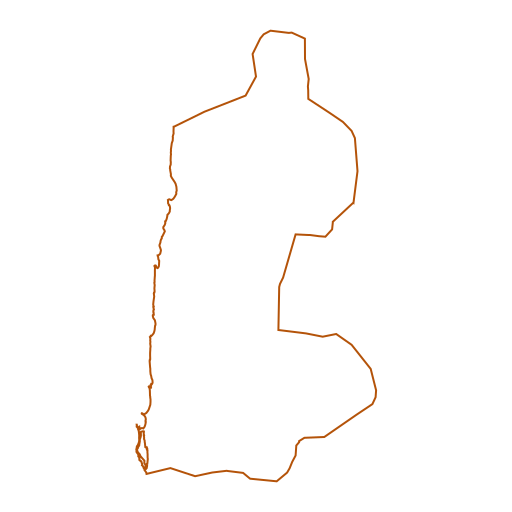 outline of Al Makha, Ta`izz, Yemen
{"feature_id": "15242507B68807574850563", "entity_name": "Al Makha", "entity_type": "district", "adm_level": 2, "iso_a3": "YEM", "parent_name": "Yemen", "parent_adm1": "Ta`izz", "projection": "equal_earth", "projection_center": [43.297, 13.522], "detail": "fine", "context": "isolated", "style": "outline", "palette": "amber", "viewbox_px": 512, "rotation_deg": 0, "n_neighbors": 0, "source": "geoboundaries", "source_scale": "gbopen_adm2", "svg_char_len": 5957}
<svg xmlns="http://www.w3.org/2000/svg" viewBox="0 0 512 512"><path d="M353.5,202.7L353.6,201.9L357.5,171.2L354.9,138.1L351.6,130.9L343.0,122.0L329.5,112.8L308.3,98.9L308.2,90.3L307.9,86.5L308.7,79.0L305.0,59.0L304.9,38.6L291.7,32.6L288.8,32.9L270.5,30.7L263.7,34.3L260.3,38.4L252.6,54.0L256.0,76.6L245.6,95.6L204.5,111.7L174.6,126.4L174.5,126.5L173.6,126.7L173.6,128.7L173.5,131.3L173.6,133.5L173.1,135.2L172.7,136.8L172.9,137.5L172.7,140.6L171.8,143.1L170.9,149.6L171.0,150.9L170.8,152.7L171.0,154.4L170.8,155.5L170.7,157.7L170.6,160.6L170.8,162.0L170.7,164.6L170.0,166.5L169.9,168.7L170.2,169.4L170.2,170.3L170.9,174.1L170.9,175.3L170.8,175.8L171.7,177.6L174.7,182.1L175.6,183.8L176.4,186.8L176.6,189.3L176.7,190.6L176.2,192.2L176.3,193.9L175.3,195.8L174.4,197.3L173.3,198.8L171.4,200.1L170.9,200.0L169.4,199.3L168.6,199.5L167.9,200.0L168.0,200.4L168.1,203.4L168.9,204.7L168.9,205.1L169.3,205.1L169.5,205.4L170.0,207.1L170.1,208.6L169.8,210.2L169.8,211.4L169.4,212.3L168.7,213.5L167.5,214.7L167.3,215.1L167.4,215.7L166.7,218.8L165.9,220.9L165.6,221.3L165.2,221.3L165.1,221.9L165.3,222.6L165.3,223.2L164.7,225.0L163.3,227.1L163.3,228.3L163.8,229.3L164.5,230.3L164.8,231.4L162.4,236.3L162.0,236.6L161.8,236.9L161.8,238.3L161.5,238.9L161.3,239.1L161.1,239.3L160.6,240.9L160.4,242.5L159.5,245.0L159.5,245.9L160.4,248.4L160.9,250.0L160.9,250.7L160.6,252.0L160.2,253.7L159.1,254.8L158.2,255.3L157.6,255.4L157.7,256.0L158.1,256.8L158.4,259.3L159.2,260.8L159.0,265.0L158.8,266.4L158.1,267.7L157.5,268.1L156.7,267.6L155.8,265.6L155.1,265.4L154.4,266.0L155.0,267.5L154.9,270.2L154.9,270.9L154.9,273.2L154.9,276.0L154.8,276.5L154.5,281.1L154.6,281.6L154.6,282.2L154.3,282.7L154.7,285.1L154.4,288.3L154.6,291.4L154.4,292.5L154.0,292.6L153.9,293.3L153.8,293.5L153.9,294.0L154.2,296.5L153.5,301.3L153.2,304.5L153.4,305.6L153.8,306.6L153.7,306.9L153.3,307.0L153.4,307.8L153.6,308.3L153.9,309.6L153.6,309.8L153.4,310.5L153.3,311.4L153.6,312.2L153.4,312.5L153.7,313.7L153.8,314.7L153.1,314.8L152.8,315.2L152.8,316.0L153.3,318.0L154.9,320.3L155.2,321.8L155.5,323.4L155.5,324.9L155.1,325.7L154.8,328.1L154.7,329.6L154.3,331.4L153.6,333.4L152.3,335.0L151.2,336.1L150.7,335.9L150.5,336.6L149.9,337.0L150.4,338.8L150.2,340.2L150.4,341.9L150.2,343.7L150.6,346.4L150.3,348.6L150.3,349.9L150.1,352.9L150.1,355.5L150.2,358.5L150.2,358.9L150.2,359.2L149.9,359.4L150.0,360.0L149.9,360.4L149.7,360.4L149.6,360.9L150.1,367.3L150.3,368.8L150.3,371.0L150.4,372.2L150.6,374.3L151.1,375.7L151.6,378.3L152.4,380.0L152.5,381.1L152.6,382.3L152.5,382.8L152.4,383.3L151.9,384.1L151.2,383.9L151.0,384.4L151.1,385.1L151.1,385.3L150.8,386.8L150.6,387.2L149.2,386.9L149.2,387.0L150.3,387.3L150.7,387.3L150.9,387.2L150.8,387.3L151.0,387.4L150.9,387.7L149.6,387.3L149.0,387.2L148.8,386.8L148.8,386.6L148.7,386.7L148.9,387.2L149.1,387.3L149.3,387.7L149.6,388.8L149.8,389.8L149.9,391.9L150.0,395.7L150.3,397.1L150.2,397.6L150.5,399.2L150.5,400.3L150.5,402.0L150.3,404.8L148.8,409.3L148.0,410.8L146.3,413.0L144.5,414.1L143.9,414.2L142.9,413.9L142.8,413.7L142.2,413.4L142.0,413.2L141.8,413.2L141.7,413.4L141.7,413.5L141.8,413.8L142.0,413.8L142.2,413.6L142.5,413.7L143.0,414.6L143.3,414.7L144.3,415.6L145.0,416.5L145.4,417.3L145.7,418.3L145.8,419.8L145.5,420.3L145.6,420.7L145.6,421.0L145.5,421.6L145.5,421.8L145.8,422.0L145.7,422.7L145.3,424.7L144.8,426.1L144.7,426.5L144.0,427.6L143.3,428.4L142.9,428.1L142.3,428.2L141.7,428.1L140.3,428.7L139.8,429.3L139.5,429.4L139.4,429.3L139.2,427.3L139.4,427.2L139.2,426.9L139.2,426.7L139.0,426.8L138.9,426.9L139.0,427.7L139.1,427.9L138.2,428.0L137.9,428.0L137.5,427.5L137.1,426.6L137.0,426.2L136.9,425.2L136.8,424.7L136.7,424.7L136.8,425.2L136.8,425.7L136.5,426.1L135.9,426.2L136.3,426.3L136.7,426.7L137.4,427.5L138.1,428.5L138.2,429.1L138.1,429.3L138.7,430.8L139.0,433.1L139.2,435.5L139.1,438.2L139.2,438.9L139.2,440.1L139.1,441.4L138.7,442.9L137.7,445.4L137.5,445.5L137.0,446.2L136.7,447.1L136.7,448.4L136.4,448.9L136.5,449.2L136.3,449.5L136.4,449.9L136.6,450.4L136.5,450.8L136.4,451.2L136.5,451.4L136.7,451.7L136.6,452.2L137.7,453.7L138.1,454.2L138.4,455.1L138.5,455.3L138.2,456.1L138.6,456.8L138.9,457.0L139.5,458.1L139.2,458.9L139.5,459.4L139.4,460.0L140.4,460.9L140.5,460.8L140.9,461.0L141.2,461.3L141.5,461.8L141.6,462.2L141.6,462.6L141.6,462.8L142.1,463.5L142.0,464.0L142.3,464.8L142.1,465.3L142.5,465.4L143.1,466.6L143.2,466.9L143.6,467.5L143.7,468.0L144.3,467.9L145.4,466.8L145.7,465.5L144.3,462.9L144.4,461.6L144.4,460.7L140.5,456.2L139.7,454.3L137.9,452.3L136.8,449.6L137.5,448.7L137.6,448.3L137.8,448.2L137.8,447.7L138.1,447.3L138.1,447.0L138.3,446.5L138.7,446.3L138.9,445.8L138.9,445.4L139.1,445.2L139.3,445.0L139.2,444.7L139.3,444.5L139.3,444.2L138.9,443.8L139.5,443.3L139.5,442.6L139.8,441.9L139.8,440.1L139.8,439.2L140.0,438.9L140.2,438.4L140.2,438.2L140.6,437.2L140.7,436.7L140.7,436.2L140.9,435.9L140.9,434.0L140.8,432.9L140.7,432.1L141.0,432.0L141.2,431.7L142.2,431.5L142.6,431.3L143.7,431.3L143.9,431.4L143.9,431.6L143.7,434.0L144.1,435.2L143.8,435.4L144.1,437.3L144.1,438.5L144.0,438.8L144.2,439.5L144.6,440.4L144.7,441.1L144.7,442.1L144.9,442.8L145.3,447.0L146.1,447.1L146.5,448.3L146.7,447.9L146.9,447.7L147.3,448.7L147.3,449.7L147.5,450.6L147.4,451.9L147.6,454.3L147.6,457.4L147.8,459.0L147.3,463.8L146.9,463.9L146.7,465.5L147.1,465.7L147.0,466.7L146.9,467.1L146.7,467.3L146.7,468.1L146.3,468.5L146.0,468.9L145.7,468.8L145.0,469.3L144.9,469.8L144.5,470.0L146.2,472.4L146.5,473.0L146.4,473.4L146.5,473.9L170.4,468.1L195.1,476.2L212.3,472.5L226.7,470.8L227.7,471.0L243.1,472.9L250.1,478.7L276.7,481.3L287.1,472.6L289.6,468.3L292.2,461.9L295.6,455.5L296.3,445.5L299.1,442.2L299.1,441.1L304.4,437.8L324.3,437.0L356.7,414.6L372.4,404.1L375.6,397.2L376.1,390.3L370.7,368.9L351.6,344.8L336.2,334.0L322.7,336.7L306.0,333.4L278.4,330.0L279.2,287.0L280.0,283.9L283.1,277.6L295.6,234.4L308.4,235.0L310.0,235.0L319.0,236.2L325.4,236.7L332.1,229.4L332.8,222.6L332.8,221.8L353.4,202.6L353.5,202.7Z" fill="none" stroke="#b45309" stroke-width="2"/></svg>